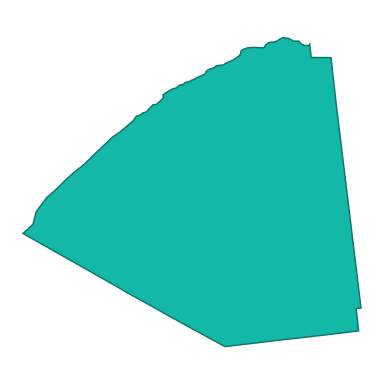 St. Lawrence, New York, United States of America
{"feature_id": "52423323B93912655119641", "entity_name": "St. Lawrence", "entity_type": "district", "adm_level": 2, "iso_a3": "USA", "parent_name": "United States of America", "parent_adm1": "New York", "projection": "natural_earth1", "projection_center": [-75.114, 44.533], "detail": "fine", "context": "isolated", "style": "filled", "palette": "teal", "viewbox_px": 384, "rotation_deg": 0, "n_neighbors": 0, "source": "geoboundaries", "source_scale": "gbopen_adm2", "svg_char_len": 1058}
<svg xmlns="http://www.w3.org/2000/svg" viewBox="0 0 384 384"><path d="M197.6,331.7L224.9,346.6L277.8,340.3L299.6,337.9L329.7,334.4L358.6,330.9L356.2,308.4L361.0,308.0L335.9,101.6L331.0,57.6L311.2,57.5L309.7,44.1L308.5,45.6L305.1,45.5L301.2,44.1L299.0,41.2L292.8,41.0L291.3,39.6L289.7,39.0L287.8,38.2L286.2,38.4L284.4,37.4L282.4,37.8L279.5,39.2L277.4,40.8L275.5,41.6L273.8,42.1L271.6,42.1L268.9,42.5L265.7,44.8L263.9,47.8L255.9,47.5L254.1,47.4L247.6,47.8L242.5,49.7L240.8,51.6L240.7,53.4L239.3,55.8L233.8,59.6L225.5,63.4L223.9,64.8L216.3,65.8L214.1,67.7L210.4,68.8L206.8,70.7L204.6,74.4L199.0,76.6L193.1,79.8L191.1,80.4L189.4,81.7L185.5,82.3L182.9,84.7L179.7,85.0L176.1,88.0L172.9,88.8L169.2,90.7L163.0,94.7L163.3,98.1L156.4,104.4L153.1,104.7L148.1,109.8L146.6,111.9L142.8,112.9L140.4,115.0L136.1,116.4L133.6,120.4L120.0,132.0L112.8,136.8L93.8,154.9L84.4,164.2L73.2,173.1L64.5,180.9L56.8,188.8L46.9,197.4L36.3,211.6L33.0,224.2L23.0,233.5L111.6,283.6L127.7,293.0L136.0,297.5L174.6,319.1L197.6,331.7Z" fill="#14b8a6" stroke="#0f766e" stroke-width="1.5"/></svg>